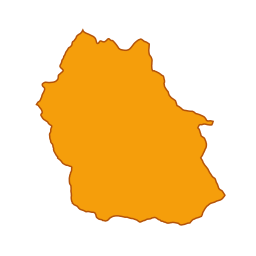 the district of Lumang, Tashigang, Bhutan, rotated 173°
{"feature_id": "84629894B76978626004749", "entity_name": "Lumang", "entity_type": "district", "adm_level": 2, "iso_a3": "BTN", "parent_name": "Bhutan", "parent_adm1": "Tashigang", "projection": "albers", "projection_center": [91.532, 27.126], "detail": "fine", "context": "isolated", "style": "filled", "palette": "amber", "viewbox_px": 256, "rotation_deg": 173, "n_neighbors": 0, "source": "geoboundaries", "source_scale": "gbopen_adm2", "svg_char_len": 5795}
<svg xmlns="http://www.w3.org/2000/svg" viewBox="0 0 256 256"><g transform="rotate(173 128 128)"><path d="M40.0,49.5L42.0,53.7L42.5,54.4L43.7,55.2L44.5,55.9L44.9,56.5L45.3,57.1L46.1,61.2L47.0,63.4L47.5,66.2L47.9,67.3L49.7,68.9L50.4,69.8L51.5,72.1L52.5,74.0L52.8,74.9L53.8,77.7L54.7,79.2L55.3,80.2L56.2,81.5L57.0,83.2L57.7,84.6L57.9,85.9L58.4,87.2L59.5,89.5L58.2,91.0L57.1,92.4L56.7,93.2L56.3,93.9L55.8,94.5L55.1,95.7L54.6,96.3L54.4,97.1L53.3,98.5L52.9,99.2L52.4,100.7L52.2,102.1L52.1,102.7L52.2,103.2L52.4,104.9L52.6,105.8L52.8,106.4L53.3,108.3L53.8,109.0L54.5,109.6L55.4,110.3L55.8,110.7L56.4,111.4L56.5,112.1L56.6,113.4L56.9,114.5L57.0,115.4L57.3,117.0L57.6,118.2L58.3,119.0L58.7,119.7L57.2,122.0L56.3,122.6L54.4,122.3L52.3,122.7L51.0,122.5L48.9,121.7L46.2,121.0L44.5,120.9L43.7,122.0L42.7,124.2L45.2,125.1L47.9,125.2L49.1,126.0L49.8,127.9L50.9,129.6L52.3,130.7L53.5,131.4L55.3,132.5L57.4,133.5L59.0,134.1L60.6,135.8L62.0,136.7L64.5,137.1L66.3,137.6L68.4,138.3L69.8,138.6L71.5,139.5L72.9,141.2L75.0,143.2L76.7,144.3L76.9,146.1L77.6,149.3L78.9,150.6L81.4,152.8L83.0,155.2L83.5,157.0L83.7,158.9L85.1,161.2L86.3,163.7L86.7,164.8L86.8,168.1L86.4,168.6L86.2,169.1L86.1,169.6L86.1,170.2L86.0,171.0L86.2,171.7L86.2,172.2L86.3,173.0L86.3,173.5L86.4,174.3L86.6,175.1L87.2,175.8L88.1,176.2L88.8,177.1L90.9,179.0L91.8,179.5L92.4,180.0L93.2,180.5L94.1,180.9L95.0,181.6L95.5,181.6L96.5,181.8L97.0,183.0L97.1,184.1L96.9,187.1L96.6,188.3L96.3,190.2L95.9,192.1L95.9,193.3L96.4,195.4L97.8,198.0L98.0,199.6L98.0,201.2L97.9,202.8L97.5,204.4L97.0,207.0L96.7,208.5L96.9,209.1L97.9,209.8L99.1,210.9L100.6,211.7L101.3,211.9L101.8,212.6L102.9,213.5L103.3,214.0L104.4,214.7L105.4,214.5L106.0,214.3L106.7,214.2L107.5,213.8L108.6,213.2L110.3,212.1L111.7,211.0L114.3,208.3L115.6,207.1L117.0,206.0L118.5,205.5L120.2,205.3L121.7,205.5L123.6,206.0L125.9,206.8L127.5,208.2L128.3,210.0L129.5,212.2L130.9,214.4L132.0,215.9L132.6,216.6L134.0,216.9L134.8,217.5L135.9,218.8L136.7,219.0L137.2,218.7L137.8,218.4L138.1,218.0L139.2,217.2L140.5,216.5L141.3,216.4L142.2,216.6L142.9,216.9L144.3,217.7L145.1,217.7L145.8,217.1L146.5,216.3L147.2,215.7L148.0,215.6L148.4,215.9L148.8,216.9L148.9,217.9L149.3,220.2L149.6,221.0L150.0,221.6L150.6,222.4L151.5,223.2L154.6,225.2L155.8,226.0L157.3,226.8L158.8,227.7L159.8,228.6L160.5,229.3L160.9,230.7L162.1,229.0L163.8,227.5L165.0,227.1L166.7,226.2L167.9,225.2L168.2,224.5L168.7,223.6L169.2,223.0L170.0,222.2L170.7,221.4L171.3,220.9L172.2,220.5L172.6,220.1L172.9,219.5L173.2,218.7L173.4,217.8L174.0,216.7L175.8,215.3L176.9,214.9L177.4,214.5L178.4,213.2L179.3,212.1L180.1,211.3L180.8,210.2L181.2,209.4L181.4,208.9L181.8,208.3L182.2,207.7L182.7,207.3L183.1,206.7L183.2,206.0L183.5,205.5L184.2,204.4L185.2,203.4L185.5,202.5L185.9,201.3L186.4,200.4L186.8,199.7L187.6,198.7L188.0,197.7L187.9,197.0L187.4,196.0L186.1,194.5L185.4,193.5L185.3,192.9L185.6,192.4L186.7,191.5L188.0,190.7L188.6,190.2L190.1,189.3L190.7,188.6L190.9,187.8L191.2,186.1L191.5,185.3L192.5,184.2L193.6,183.4L194.8,182.9L196.4,182.6L197.6,182.6L200.8,182.7L202.6,183.1L204.2,183.5L205.2,183.4L206.2,183.0L207.1,182.5L207.7,182.0L207.8,181.4L207.8,180.5L207.5,179.9L207.1,179.3L206.4,178.5L206.0,177.9L206.0,176.5L206.3,175.8L206.9,174.6L208.8,171.9L209.3,171.0L210.1,168.9L210.6,168.2L211.2,167.1L211.7,166.3L212.3,165.6L213.1,165.1L213.9,164.8L214.4,164.4L215.5,163.1L216.0,162.4L214.9,161.8L214.2,161.2L213.7,160.2L212.6,158.3L212.0,157.4L211.6,156.4L211.2,154.8L211.2,154.1L211.7,153.0L212.5,152.4L212.9,151.5L212.7,150.8L211.5,148.1L210.5,146.7L210.0,146.4L208.3,144.9L207.4,144.2L207.0,143.8L206.3,142.1L205.4,141.1L204.9,140.6L204.0,140.0L203.5,139.4L203.6,138.4L204.1,137.6L204.8,136.1L204.9,135.3L205.1,134.1L205.3,133.6L205.6,133.0L206.4,132.0L206.7,130.9L206.7,128.9L206.8,127.9L206.7,126.6L206.3,125.1L206.4,124.4L206.3,123.3L205.9,122.6L205.6,122.0L205.0,121.3L204.7,120.1L204.7,118.4L204.4,117.4L204.3,116.8L204.5,115.9L204.3,114.1L203.3,111.6L202.3,109.2L201.3,108.0L201.5,106.8L199.9,105.1L199.0,104.2L198.2,103.0L197.5,101.7L196.9,100.8L195.5,99.7L193.8,98.6L192.4,98.3L191.1,97.6L190.3,97.1L189.3,96.8L188.7,96.2L188.6,95.6L188.9,94.6L189.0,93.7L189.2,92.7L189.6,91.7L190.0,91.3L190.5,90.5L190.7,89.5L191.4,88.4L191.7,87.3L191.9,86.8L192.1,86.2L192.4,85.0L192.7,82.0L192.7,80.3L192.6,79.7L191.8,78.0L191.7,77.3L191.9,74.3L192.3,72.5L192.3,71.0L192.2,70.4L192.4,67.6L192.7,66.6L192.9,65.5L192.9,63.8L192.8,62.4L192.6,61.7L192.2,61.0L192.4,60.3L191.8,59.7L190.9,58.5L188.1,56.7L187.2,55.5L186.6,54.4L185.4,53.1L181.9,51.4L179.9,50.0L177.7,50.0L176.4,49.6L174.5,48.9L172.4,48.5L171.3,47.9L170.5,46.0L170.4,44.6L170.1,43.2L169.1,42.1L167.8,41.0L166.3,40.5L165.2,40.2L164.4,39.3L162.9,39.0L162.0,38.5L161.3,38.5L159.6,38.8L158.1,39.8L157.5,40.5L156.2,41.2L154.9,41.7L154.1,42.0L153.0,42.2L150.6,42.3L148.3,42.0L147.7,41.8L146.8,41.5L145.3,41.1L143.3,40.4L142.0,39.9L140.8,39.7L139.8,39.6L136.6,38.1L135.7,37.8L134.3,37.5L133.5,37.2L133.1,36.9L132.6,36.6L132.0,36.4L130.7,35.7L130.1,35.3L129.1,34.3L127.9,33.3L127.1,33.2L126.0,33.5L123.8,34.2L122.7,34.2L121.7,34.6L120.3,35.1L119.3,35.2L118.3,35.1L116.7,35.2L116.1,35.4L115.1,35.8L112.5,36.0L111.6,35.7L110.4,34.9L109.6,34.1L109.1,33.6L108.5,33.2L107.6,32.9L107.2,32.5L106.7,31.8L105.7,31.3L105.1,31.3L104.6,31.0L103.5,30.2L102.6,30.0L101.6,29.4L101.0,29.0L100.3,28.8L99.5,28.7L98.8,28.7L97.9,28.7L97.3,28.9L96.5,28.8L95.3,28.9L94.2,28.7L93.1,28.4L89.8,27.3L89.2,26.8L88.5,26.0L87.9,25.6L86.8,25.3L83.6,25.5L80.6,26.2L79.7,26.3L79.1,26.2L78.0,26.3L77.2,27.2L75.5,28.7L74.5,29.3L73.4,29.5L71.5,30.2L68.9,30.6L65.9,31.4L64.8,33.1L64.2,34.8L62.1,37.7L61.2,38.8L59.4,40.7L58.1,41.4L57.0,42.2L55.3,43.1L54.4,43.3L50.9,43.9L49.7,44.4L48.7,44.7L46.9,45.0L45.2,45.3L44.2,45.7L43.1,46.3L42.3,47.0L40.5,48.8L40.0,49.5Z" fill="#f59e0b" stroke="#b45309" stroke-width="1.5"/></g></svg>